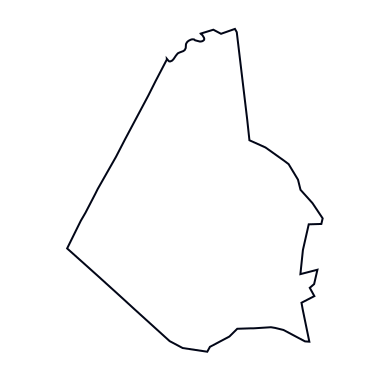 outline of Orange, New York, United States of America, rotated 86°
{"feature_id": "52423323B72877265814635", "entity_name": "Orange", "entity_type": "district", "adm_level": 2, "iso_a3": "USA", "parent_name": "United States of America", "parent_adm1": "New York", "projection": "orthographic", "projection_center": [-74.423, 41.388], "detail": "fine", "context": "isolated", "style": "outline", "palette": "ink", "viewbox_px": 384, "rotation_deg": 86, "n_neighbors": 0, "source": "geoboundaries", "source_scale": "gbopen_adm2", "svg_char_len": 1082}
<svg xmlns="http://www.w3.org/2000/svg" viewBox="0 0 384 384"><g transform="rotate(86 192 192)"><path d="M338.8,164.8L331.6,156.4L332.1,142.9L332.3,139.5L332.4,122.7L333.4,118.5L336.0,110.4L348.9,89.7L349.5,85.4L316.6,89.8L310.1,90.5L304.4,77.2L295.8,81.2L292.4,76.6L278.3,72.3L281.5,89.6L257.6,85.4L232.4,77.8L232.9,65.2L227.4,63.5L211.5,72.6L197.4,83.6L187.1,85.4L170.9,93.7L166.6,98.7L152.7,115.6L144.4,131.1L123.2,131.9L35.7,136.2L32.3,137.8L36.2,152.0L31.6,159.4L34.6,172.3L34.8,172.2L36.2,170.7L38.9,169.3L40.0,169.1L41.0,169.3L41.7,170.1L42.2,171.0L42.4,171.9L42.5,173.5L40.9,178.3L39.9,179.4L39.7,181.3L40.0,182.7L40.9,184.8L41.9,186.2L42.9,187.0L44.1,187.7L47.9,188.2L49.8,189.3L50.8,190.8L52.0,194.8L52.7,196.5L54.8,198.5L58.0,201.0L59.5,202.6L60.2,204.4L60.1,205.6L59.5,206.3L57.4,207.8L58.0,207.8L79.0,220.7L92.5,228.7L134.9,255.2L151.5,265.3L182.5,285.9L187.1,288.6L205.4,299.8L212.9,304.9L221.6,310.0L239.6,320.5L268.3,292.6L293.0,268.9L304.6,257.9L339.2,224.7L347.0,212.2L352.4,187.9L347.7,184.9L338.8,164.8Z" fill="none" stroke="#020617" stroke-width="2"/></g></svg>